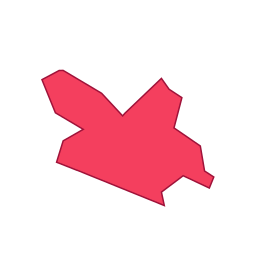 the district of Danville, Virginia, United States of America, rotated 22°
{"feature_id": "52423323B58138369943141", "entity_name": "Danville", "entity_type": "district", "adm_level": 2, "iso_a3": "USA", "parent_name": "United States of America", "parent_adm1": "Virginia", "projection": "natural_earth1", "projection_center": [-79.406, 36.593], "detail": "fine", "context": "isolated", "style": "filled", "palette": "rose", "viewbox_px": 256, "rotation_deg": 22, "n_neighbors": 0, "source": "geoboundaries", "source_scale": "gbopen_adm2", "svg_char_len": 444}
<svg xmlns="http://www.w3.org/2000/svg" viewBox="0 0 256 256"><g transform="rotate(22 128 128)"><path d="M190.7,186.3L183.0,174.9L197.0,151.6L225.9,153.2L225.9,141.3L215.1,139.2L201.8,117.6L170.6,110.7L166.6,79.7L151.6,76.7L140.4,69.5L119.6,115.5L118.5,118.8L90.5,105.7L46.3,98.9L42.6,100.5L30.1,115.4L55.0,141.1L87.0,146.0L72.7,164.2L74.6,186.5L96.6,186.3L96.9,186.2L190.7,186.3Z" fill="#f43f5e" stroke="#9f1239" stroke-width="1.5"/></g></svg>